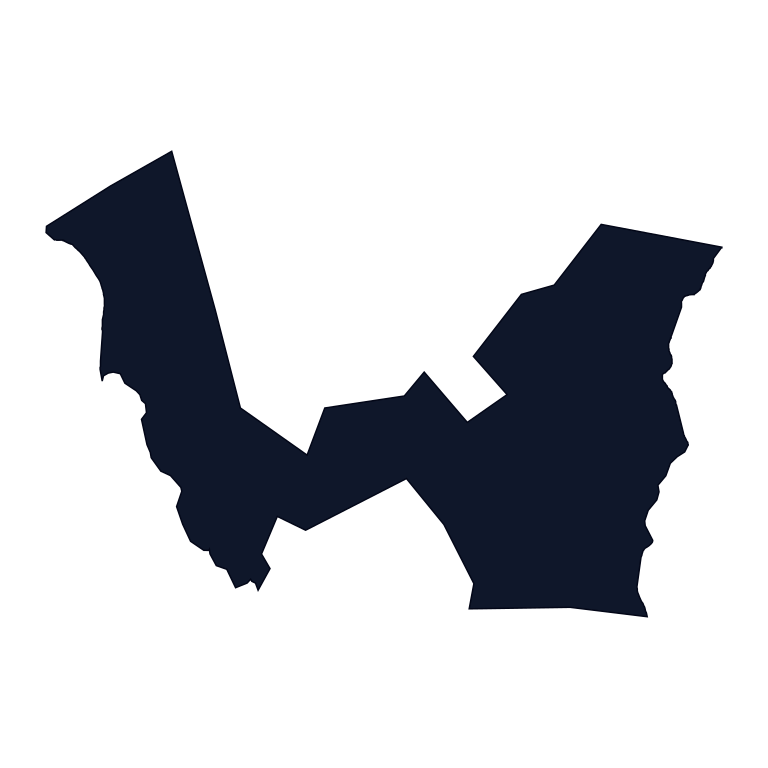 Chinhoyi, Mashonaland West, Zimbabwe (Natural Earth projection)
{"feature_id": "62879985B33346343467018", "entity_name": "Chinhoyi", "entity_type": "district", "adm_level": 2, "iso_a3": "ZWE", "parent_name": "Zimbabwe", "parent_adm1": "Mashonaland West", "projection": "natural_earth1", "projection_center": [30.145, -17.351], "detail": "fine", "context": "isolated", "style": "filled", "palette": "ink", "viewbox_px": 768, "rotation_deg": 0, "n_neighbors": 0, "source": "geoboundaries", "source_scale": "gbopen_adm2", "svg_char_len": 4311}
<svg xmlns="http://www.w3.org/2000/svg" viewBox="0 0 768 768"><path d="M721.9,247.2L601.2,224.4L554.2,285.1L521.4,294.4L473.4,356.4L507.1,394.6L467.3,422.4L449.1,401.2L424.2,372.1L404.3,396.0L324.8,408.0L307.1,455.1L240.4,408.0L215.0,309.0L214.9,308.7L186.9,206.8L171.7,151.3L110.5,186.0L46.5,226.3L46.1,232.6L54.4,239.9L55.1,239.7L55.5,239.7L56.7,240.2L62.6,240.1L63.0,240.1L63.0,240.6L63.4,240.6L63.9,240.6L64.3,240.6L64.3,241.1L64.7,241.1L65.1,241.5L69.0,243.4L69.4,243.4L70.2,243.4L70.2,243.9L72.4,244.4L72.8,244.9L73.6,245.8L74.5,246.8L75.3,247.7L76.6,248.7L77.9,250.1L79.6,251.5L81.3,253.4L82.6,254.9L83.4,255.8L84.3,256.8L85.1,258.2L86.0,259.2L86.4,260.1L86.8,260.6L87.3,261.5L88.1,262.5L89.0,263.9L89.8,265.4L91.1,267.3L92.8,269.7L94.5,272.5L96.2,275.4L97.5,277.3L98.8,279.2L100.1,281.6L100.9,284.0L101.4,285.9L101.8,286.9L102.2,288.8L102.7,289.7L103.1,291.6L103.5,293.1L103.5,294.5L104.0,296.4L104.4,298.3L104.4,300.3L104.4,304.1L104.5,306.0L104.0,307.9L104.0,309.9L103.6,311.8L103.6,314.7L103.2,316.1L102.8,318.0L102.4,319.5L102.4,321.8L102.4,326.2L102.0,328.1L102.0,329.5L102.5,330.5L102.5,331.0L102.5,331.9L102.5,332.4L100.5,361.1L100.5,362.6L100.5,363.5L100.5,364.5L100.5,365.9L100.5,366.4L100.1,367.4L100.1,368.3L100.1,368.8L100.1,369.3L102.2,381.1L103.5,375.8L108.2,373.1L113.2,372.1L120.3,373.7L124.9,383.2L136.3,390.8L139.9,394.7L141.7,400.4L145.4,403.6L145.5,404.0L146.5,412.7L141.5,419.3L147.0,444.7L150.3,452.4L151.2,457.7L160.9,471.2L170.5,475.6L180.9,487.4L181.8,491.3L176.6,506.6L182.7,524.3L190.6,541.3L203.8,550.3L208.8,550.4L209.4,549.3L210.0,553.9L216.3,565.6L226.8,569.3L235.6,587.7L247.2,583.0L250.6,579.2L251.8,581.3L255.5,583.1L258.1,590.2L270.0,568.6L261.5,554.0L277.3,516.4L305.6,530.2L405.7,478.9L406.4,478.5L443.9,524.5L473.9,583.6L469.2,608.8L484.0,608.6L570.1,607.3L647.2,616.7L646.8,614.8L646.4,612.9L645.5,611.0L645.1,609.0L644.6,607.1L643.8,605.7L643.4,604.7L642.9,603.3L642.1,602.4L641.2,600.9L639.5,597.1L638.6,594.7L637.8,592.8L637.3,590.9L637.3,589.0L636.9,587.0L641.0,557.3L641.8,555.4L642.2,553.4L642.6,552.5L642.6,551.5L643.0,551.0L643.5,550.6L643.5,550.1L643.9,549.6L644.3,549.1L645.2,548.1L646.8,547.2L649.0,545.7L651.1,543.8L652.3,542.3L652.7,540.9L652.7,540.3L645.2,525.7L644.8,521.9L644.7,520.8L648.2,510.3L656.8,499.9L659.0,491.9L657.9,485.2L665.8,475.8L668.7,467.8L670.3,463.3L677.2,456.7L684.7,451.9L687.8,445.7L688.2,445.2L688.2,444.7L688.2,444.2L687.8,443.8L687.8,442.3L686.9,441.4L685.6,438.5L684.8,437.1L684.4,436.6L684.3,435.6L683.9,435.2L683.5,433.7L683.5,433.3L676.5,405.1L676.1,405.1L676.1,404.6L675.7,403.1L675.7,401.7L675.2,400.3L673.5,397.9L673.5,397.4L673.1,396.9L672.7,396.0L672.7,395.5L672.2,394.5L672.2,393.6L671.8,393.1L671.8,392.1L670.9,391.2L670.6,390.6L670.1,389.8L668.4,388.3L667.5,387.4L667.1,385.9L666.7,385.5L665.8,384.5L665.4,383.6L665.0,383.1L664.5,382.6L663.7,382.1L663.7,381.7L663.3,381.2L662.4,379.3L662.4,378.8L662.4,378.3L662.4,377.4L662.4,376.4L662.4,375.4L662.4,375.0L662.4,374.5L662.8,374.0L663.6,373.5L664.1,373.0L664.5,373.0L664.9,373.0L668.3,369.6L669.1,369.1L669.5,368.7L670.0,367.7L670.8,366.7L671.2,365.8L671.6,364.3L672.1,363.4L672.0,362.4L672.0,361.0L672.0,360.0L672.0,359.1L671.6,358.1L671.6,357.6L671.6,356.7L671.2,355.2L670.3,354.3L669.9,352.8L669.0,350.9L669.0,349.0L668.6,348.1L668.6,347.1L668.6,346.1L668.6,345.7L668.6,344.7L668.5,343.7L669.0,342.8L669.4,341.3L669.8,340.4L670.2,339.4L670.6,338.4L670.6,338.0L671.1,338.0L671.1,337.0L671.0,336.5L671.5,335.6L681.5,307.2L681.5,304.3L681.5,303.4L681.4,302.4L681.4,301.4L682.3,300.0L682.7,299.0L683.1,298.1L684.0,297.1L684.4,296.6L684.8,296.1L685.6,296.1L686.5,295.6L687.3,295.6L687.8,295.2L688.6,295.2L689.5,294.7L690.7,294.7L691.6,294.6L693.3,294.6L693.7,294.6L694.1,294.6L694.1,294.2L694.5,294.1L695.0,293.7L695.8,293.2L697.1,292.2L698.3,291.2L699.2,290.3L700.0,289.8L700.4,288.8L700.4,288.3L700.9,287.9L700.9,286.9L701.3,285.9L701.7,285.0L702.1,283.5L702.5,282.6L703.4,281.6L703.8,280.2L704.2,278.7L704.6,277.3L705.0,276.3L705.4,275.4L705.4,273.9L706.3,272.5L706.7,271.5L708.0,270.5L708.8,269.1L710.1,268.1L710.5,267.2L711.3,266.2L711.7,265.2L712.2,264.3L712.6,263.3L713.0,262.8L713.0,261.9L713.4,260.9L713.4,260.4L713.4,259.5L713.4,258.5L720.5,248.9L721.0,247.9L721.4,247.9L721.8,247.9L721.9,247.2Z" fill="#0f172a" stroke="#020617" stroke-width="1.5"/></svg>